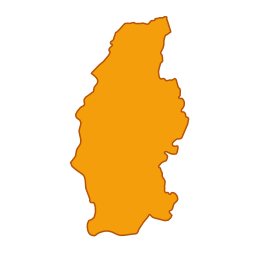 the border of Nan, rotated 173°
{"feature_id": "THA-393", "entity_name": "Nan", "entity_type": "Province", "adm_level": 1, "iso_a3": "THA", "parent_name": "Thailand", "parent_adm1": "", "projection": "mercator", "projection_center": [100.668, 18.812], "detail": "fine", "context": "isolated", "style": "filled", "palette": "amber", "viewbox_px": 256, "rotation_deg": 173, "n_neighbors": 0, "source": "natural_earth", "source_scale": "10m", "svg_char_len": 4791}
<svg xmlns="http://www.w3.org/2000/svg" viewBox="0 0 256 256"><g transform="rotate(173 128 128)"><path d="M133.3,22.0L134.1,22.2L145.2,22.0L148.7,22.4L151.4,23.5L156.9,26.9L160.4,28.2L164.0,28.5L167.5,28.0L170.5,27.2L171.9,26.4L173.1,25.6L174.4,25.2L176.5,25.8L178.2,26.7L179.2,27.8L179.8,29.1L180.3,30.9L180.5,34.1L179.9,37.9L178.2,40.8L175.3,41.6L172.5,43.4L170.6,48.1L170.0,53.5L170.7,57.5L171.5,58.1L173.7,58.5L174.4,59.1L174.8,60.2L174.8,60.9L174.6,61.6L174.6,62.4L177.2,73.5L176.8,81.3L177.1,84.4L177.9,86.5L179.4,88.1L184.8,93.0L188.2,96.8L189.2,100.7L183.9,105.9L183.1,107.8L181.8,112.1L180.6,114.1L177.5,117.6L176.5,120.0L176.3,122.5L177.0,130.5L176.4,132.7L174.6,137.0L174.1,139.1L174.8,141.5L177.8,144.5L178.4,146.6L177.8,148.6L176.2,150.8L172.7,154.1L171.6,154.7L169.4,155.5L168.5,156.3L168.2,157.6L168.3,160.6L167.8,162.0L166.2,163.7L158.1,168.2L157.6,168.8L157.4,170.1L156.5,172.6L152.8,176.4L152.2,179.1L153.0,181.3L154.8,183.7L157.6,186.5L156.8,187.6L148.9,194.0L144.2,197.0L138.3,202.5L136.7,205.1L136.5,205.5L136.5,205.9L136.7,206.2L137.0,206.5L137.3,206.8L137.4,207.5L137.1,208.6L136.8,209.2L136.2,209.8L134.0,211.4L133.5,212.1L133.4,212.6L133.7,212.8L134.4,213.3L134.8,213.6L135.0,214.1L135.0,214.9L134.8,215.4L134.5,215.7L132.2,217.0L131.7,217.5L131.4,218.0L130.9,219.5L129.3,222.5L129.0,223.5L128.7,224.0L128.2,224.4L127.8,224.5L127.3,224.7L124.6,226.7L119.5,231.2L118.4,232.0L117.9,232.1L115.7,232.0L113.6,231.6L113.1,231.6L110.5,232.0L109.4,231.9L109.0,231.8L108.3,231.2L107.9,230.9L107.6,230.7L107.1,230.6L105.1,230.5L104.3,230.3L103.8,230.2L101.9,230.3L101.5,230.2L100.0,230.2L96.5,228.7L95.4,228.7L94.8,229.0L93.8,230.1L92.1,231.4L91.5,231.7L90.8,231.7L89.2,231.5L88.6,231.6L88.1,232.1L87.7,233.1L84.8,233.2L83.4,233.5L82.8,233.5L80.9,233.1L80.3,233.2L79.7,233.3L78.8,233.7L78.2,233.9L77.7,234.0L77.1,233.9L76.7,233.8L76.0,233.3L76.3,231.8L74.0,219.6L73.9,218.2L74.3,217.9L74.7,217.7L75.6,217.3L76.3,216.9L77.3,216.2L77.7,216.0L79.2,215.6L79.8,215.0L80.4,213.9L81.5,211.0L81.9,209.3L82.3,206.3L82.5,205.6L83.6,203.1L84.0,202.4L85.2,200.7L86.2,199.1L86.4,198.4L86.3,197.8L86.2,197.4L85.4,196.3L85.3,195.7L85.2,194.8L85.4,191.8L85.4,190.7L85.5,190.3L85.7,189.9L85.9,189.7L86.5,189.3L87.5,188.5L87.8,188.1L88.1,187.7L90.4,181.8L90.8,180.4L91.0,179.2L90.9,178.2L90.9,176.3L90.8,175.4L90.7,174.6L90.2,173.4L89.9,173.0L89.6,172.8L89.1,172.7L86.9,172.8L86.6,172.7L86.3,172.6L86.0,172.4L85.8,172.3L85.6,172.1L85.2,171.4L85.0,171.0L84.7,170.7L84.4,170.4L83.9,170.3L83.4,170.2L82.4,170.3L80.9,170.5L80.3,170.5L78.8,170.2L78.3,170.3L77.9,170.3L77.4,170.5L76.2,171.2L75.8,171.3L75.3,171.2L75.0,171.0L74.7,170.7L74.5,170.3L74.3,169.9L73.3,162.9L73.1,162.5L73.0,162.1L71.7,160.5L71.6,159.6L71.5,158.9L72.2,154.6L72.3,154.1L72.5,153.7L72.8,153.3L73.6,152.8L73.9,152.4L74.0,152.0L73.8,151.6L73.5,151.3L73.1,151.1L72.6,151.0L71.0,150.8L70.6,150.6L70.2,150.1L69.8,149.4L69.2,147.8L69.1,146.7L69.1,145.9L69.2,145.3L69.4,144.2L69.7,143.3L70.1,142.5L70.6,141.8L71.4,140.9L71.8,140.6L72.5,139.6L73.0,138.5L72.9,137.9L72.6,137.5L72.2,137.4L71.1,137.2L70.5,136.9L70.0,136.5L69.4,135.3L69.2,134.3L69.3,133.0L69.3,132.3L69.0,131.9L68.1,131.5L67.5,131.3L66.9,130.5L66.8,129.8L66.8,129.3L67.3,127.9L68.4,124.5L75.7,111.9L76.4,111.4L76.8,111.2L77.2,111.0L77.7,111.0L80.6,111.1L81.4,110.8L82.5,110.2L84.5,108.8L85.3,108.0L85.8,107.5L85.9,106.8L86.0,106.3L85.9,105.8L85.7,105.3L85.5,105.0L85.2,104.7L84.3,104.3L83.8,104.2L82.7,104.1L81.0,104.1L80.8,103.4L80.8,102.1L81.9,98.9L82.5,97.5L83.1,96.7L83.5,96.5L84.0,96.5L85.2,96.4L85.9,96.5L86.8,96.6L87.7,96.9L88.6,97.3L90.9,98.6L91.9,99.4L92.3,99.6L92.8,99.8L93.3,99.9L93.9,99.9L94.6,99.6L94.8,99.2L94.8,98.8L92.8,96.5L92.6,96.1L92.4,95.8L92.3,95.3L92.2,94.8L92.5,94.1L92.8,93.2L93.7,91.4L94.3,90.9L94.8,90.7L95.3,90.6L95.8,90.6L97.1,90.1L97.6,90.0L98.1,89.9L98.8,89.4L99.7,88.8L101.5,87.1L102.2,86.2L102.4,85.5L102.1,85.2L101.8,84.9L101.3,84.7L101.0,84.4L100.8,84.1L100.6,83.1L100.4,81.5L100.3,81.0L100.1,80.6L99.9,80.2L99.7,79.8L99.6,79.3L99.6,78.8L99.8,77.2L99.8,76.1L99.7,75.5L99.6,75.0L99.4,74.6L98.6,73.1L98.1,71.8L97.8,70.9L97.7,70.3L98.9,65.3L99.0,63.0L99.4,61.5L99.4,61.0L99.3,60.5L98.9,59.7L98.6,59.4L98.2,59.2L97.7,59.2L96.8,59.2L96.3,59.0L96.0,58.8L95.4,57.6L95.0,57.3L94.6,57.2L94.1,57.1L93.7,57.3L93.5,57.6L93.2,58.0L92.9,58.3L92.5,58.5L92.0,58.5L91.0,58.3L90.2,57.9L89.5,57.4L89.2,57.1L88.2,55.7L87.6,54.4L87.5,53.8L87.3,51.9L87.4,51.2L87.6,50.6L88.1,49.9L91.5,47.2L92.4,45.7L93.2,43.6L93.7,42.6L94.1,42.0L94.8,41.4L95.6,41.0L96.1,40.9L96.6,40.6L97.1,40.3L97.3,39.8L97.2,39.4L97.0,39.0L96.4,37.9L95.1,36.0L96.5,33.7L99.2,31.7L102.5,31.5L112.7,35.5L114.5,36.5L115.6,37.8L116.5,39.1L117.5,39.5L118.7,37.7L124.4,32.3L129.5,26.2L131.0,23.5L131.5,22.9L132.7,22.1L133.3,22.0Z" fill="#f59e0b" stroke="#b45309" stroke-width="1.5"/></g></svg>